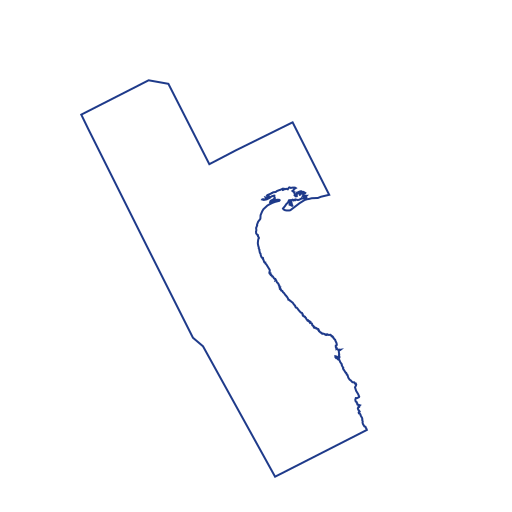 outline of San Antonio, Río Negro, Argentina, rotated 333°
{"feature_id": "61730980B19099504402623", "entity_name": "San Antonio", "entity_type": "district", "adm_level": 2, "iso_a3": "ARG", "parent_name": "Argentina", "parent_adm1": "Río Negro", "projection": "natural_earth1", "projection_center": [-65.004, -40.959], "detail": "fine", "context": "isolated", "style": "outline", "palette": "blue", "viewbox_px": 512, "rotation_deg": 333, "n_neighbors": 0, "source": "geoboundaries", "source_scale": "gbopen_adm2", "svg_char_len": 6114}
<svg xmlns="http://www.w3.org/2000/svg" viewBox="0 0 512 512"><g transform="rotate(333 256 256)"><path d="M256.1,62.8L240.1,50.7L164.5,50.7L164.2,66.5L163.2,198.2L162.7,300.2L167.8,312.4L172.8,461.3L275.8,461.3L276.0,459.6L275.8,459.0L276.0,457.8L275.2,457.0L275.0,454.3L275.3,452.8L276.0,451.8L276.2,450.2L276.7,449.7L277.0,448.3L276.8,445.6L277.1,444.8L277.0,443.8L276.7,443.2L276.3,443.0L276.3,442.6L276.4,442.1L276.7,441.8L277.7,441.7L277.7,440.7L277.3,439.4L277.6,437.9L278.8,437.0L279.1,437.4L279.4,437.4L279.8,436.9L279.8,436.5L280.8,436.2L280.1,435.5L279.5,435.6L279.4,434.8L278.9,434.3L279.3,433.3L279.1,432.6L279.4,432.1L278.8,430.9L278.9,430.3L279.2,429.2L280.4,427.9L281.6,428.5L283.7,428.5L284.1,428.2L284.3,425.4L284.0,421.6L284.6,417.9L286.3,416.8L286.4,416.4L286.9,416.1L287.0,415.3L287.0,414.8L286.2,414.5L286.2,413.2L284.7,412.3L284.4,411.6L284.0,410.0L283.3,408.7L283.0,406.3L283.5,403.6L283.0,402.9L283.4,401.5L284.1,401.3L283.2,401.2L282.9,400.9L282.6,397.3L282.4,396.9L282.5,395.7L283.0,395.3L282.8,393.5L282.9,391.9L283.3,391.4L282.9,389.0L283.1,386.1L282.9,385.7L282.3,385.6L282.1,385.1L282.4,384.3L281.9,383.9L282.3,383.4L281.4,383.7L281.1,383.5L280.8,382.1L281.2,381.3L281.8,381.8L282.0,383.0L282.6,383.3L282.5,384.7L284.0,384.5L284.5,384.0L285.0,381.8L285.4,381.6L286.3,378.9L287.1,377.8L288.2,378.0L288.7,377.9L287.8,377.6L287.6,377.2L286.8,377.3L286.4,376.4L286.2,376.3L286.1,375.6L285.9,375.3L285.6,375.3L286.0,374.7L285.7,374.5L285.6,374.1L285.9,373.0L286.4,372.1L287.1,372.3L287.6,371.9L287.8,371.5L288.2,370.1L288.3,367.3L288.5,366.5L288.0,365.5L288.0,364.8L287.8,364.4L287.9,363.6L287.7,363.4L287.8,362.7L287.5,362.0L286.9,361.9L286.8,360.5L286.6,360.0L285.0,359.4L284.5,358.8L283.0,358.4L282.9,358.1L283.2,357.8L282.4,357.5L282.0,357.6L281.7,356.7L280.7,355.7L279.7,355.4L279.5,354.1L278.9,353.8L278.5,352.8L278.5,352.3L278.0,351.7L278.0,351.1L278.2,350.9L277.9,350.3L278.4,349.8L278.3,349.3L276.9,348.2L277.1,347.7L276.5,346.9L275.8,346.8L275.1,346.1L275.2,345.5L275.6,345.4L275.3,344.1L274.9,343.8L274.7,343.2L275.1,342.1L275.1,341.5L274.6,341.0L274.4,340.1L273.8,340.1L273.8,339.8L274.4,339.4L274.1,339.1L274.3,339.0L274.3,338.8L273.7,337.9L273.3,337.8L273.2,336.9L272.7,336.9L272.8,336.4L272.5,336.2L272.3,335.6L272.3,334.3L272.4,334.0L272.1,333.5L272.1,332.6L271.7,332.3L271.8,332.0L271.3,331.4L271.1,330.5L270.7,330.4L270.8,329.6L271.2,329.1L271.0,328.7L271.1,327.6L270.2,326.6L269.4,323.5L269.1,321.5L268.8,320.5L268.2,320.1L268.0,318.9L268.3,318.0L267.8,316.6L267.5,314.2L267.0,313.3L266.2,311.4L265.8,311.0L265.8,310.4L265.6,310.0L265.0,309.7L265.2,308.2L265.1,306.5L264.8,305.9L264.9,305.1L264.5,304.5L264.1,301.6L263.6,300.6L263.6,299.1L263.2,298.8L263.1,298.4L262.8,298.2L263.0,297.1L262.7,297.0L262.7,296.6L262.4,296.3L262.8,295.8L262.8,295.1L263.1,294.9L262.8,294.7L263.2,294.3L263.0,293.5L263.4,292.9L263.1,292.3L263.4,291.5L263.2,291.0L263.2,290.0L262.9,289.6L262.7,288.7L262.9,287.1L262.8,286.4L262.5,286.4L262.8,286.1L262.8,285.2L262.3,285.0L261.9,284.1L261.7,281.9L261.4,281.4L261.2,281.4L261.2,280.9L260.8,280.2L261.1,280.1L261.0,279.6L260.7,279.3L260.9,278.9L260.4,278.5L260.2,277.9L260.7,277.6L260.3,277.3L260.5,276.6L261.5,275.6L261.9,274.5L261.4,268.1L261.0,267.1L261.0,266.4L261.3,266.0L260.6,265.4L260.6,264.7L260.9,263.0L260.8,261.8L261.2,261.4L261.3,260.8L260.5,260.2L260.4,259.1L260.6,257.4L261.1,256.0L260.9,255.1L261.0,254.5L261.6,252.4L261.9,252.0L261.9,250.4L262.4,249.6L262.5,248.5L263.1,246.3L263.5,245.3L265.1,242.8L266.1,241.7L266.7,241.4L266.9,240.8L266.7,239.4L267.2,238.3L266.8,237.9L266.4,236.0L267.1,234.2L267.7,233.7L268.4,232.3L268.8,231.1L270.9,229.3L270.9,228.9L271.3,228.4L273.5,226.4L276.5,225.0L277.0,224.5L278.6,221.7L281.8,219.0L283.8,217.7L289.1,216.2L291.5,216.1L294.6,216.1L297.4,216.4L301.7,217.4L302.4,217.0L302.2,216.5L301.6,216.1L301.2,216.1L300.7,215.6L299.2,215.2L298.9,214.6L298.5,214.5L297.0,214.8L295.1,214.6L293.4,214.8L293.0,214.5L293.5,213.9L294.1,213.5L295.3,213.4L296.5,213.6L298.9,213.0L299.2,212.5L299.2,211.3L299.8,210.5L299.7,210.4L297.4,210.0L296.0,210.0L294.9,210.4L291.3,210.4L288.4,209.6L287.2,208.5L287.4,208.4L288.4,208.8L288.9,209.5L290.1,209.6L291.5,210.0L292.3,209.6L291.1,208.6L291.1,208.2L292.4,209.3L293.5,209.3L293.4,209.0L293.6,208.9L294.2,208.9L294.0,208.7L294.0,208.2L294.6,208.1L294.7,207.8L294.5,207.5L293.5,207.8L293.2,207.2L293.8,206.9L297.5,207.2L298.4,207.0L298.6,207.2L299.5,207.2L300.2,207.0L302.6,207.9L304.2,207.6L306.9,207.9L307.7,208.1L310.6,208.2L310.7,208.9L310.4,209.1L310.2,209.4L310.6,209.5L312.0,209.2L312.4,209.7L313.4,209.8L314.6,211.0L316.3,210.0L317.1,210.1L317.8,211.1L320.0,211.8L321.7,212.7L322.2,213.5L320.5,213.6L319.5,214.3L318.0,214.6L318.6,216.0L319.3,216.7L318.7,217.5L318.8,218.0L318.5,218.5L318.6,219.4L318.2,219.6L318.6,220.0L318.3,220.7L318.5,220.9L319.5,221.2L320.1,219.9L320.8,219.2L321.3,219.1L321.4,218.6L321.1,218.4L321.3,218.2L321.9,218.6L322.3,218.3L322.9,218.3L323.0,218.9L322.9,219.8L324.6,218.4L325.7,218.8L326.3,219.9L326.3,220.3L326.8,220.1L327.4,220.4L328.5,222.2L328.1,222.4L326.5,222.2L325.9,222.6L326.0,223.2L325.3,223.7L326.0,223.7L326.1,223.9L325.9,224.3L326.3,224.2L326.6,224.7L327.2,224.7L328.4,225.3L328.1,225.4L326.9,225.1L326.0,225.8L326.0,226.0L326.6,226.0L327.4,226.7L327.4,226.8L327.2,226.9L322.1,225.4L320.3,225.5L318.8,225.2L316.8,223.5L316.3,223.9L316.1,223.6L315.7,223.4L314.9,223.7L314.7,223.6L314.7,222.9L314.2,222.4L313.1,222.4L312.4,222.0L311.3,222.6L311.5,223.3L311.9,223.4L312.1,223.9L311.4,225.2L311.3,227.6L310.9,227.7L310.3,226.6L311.0,225.9L310.1,225.7L309.7,226.1L309.2,225.5L309.6,225.0L310.3,224.9L310.0,224.6L310.1,224.0L310.4,223.9L310.4,223.5L310.9,223.2L311.0,222.1L311.5,221.7L310.9,221.3L310.6,221.4L308.7,222.9L306.6,223.5L304.3,224.8L301.6,225.9L301.7,227.0L302.7,228.4L303.9,229.3L306.2,230.5L307.4,230.8L318.9,228.7L324.8,228.2L327.3,228.6L329.0,229.2L331.8,229.8L337.5,232.4L340.8,232.7L349.0,234.7L349.3,153.5L286.0,152.7L256.1,153.0L256.1,62.8ZM323.5,221.5L325.3,220.3L325.1,219.7L324.3,219.7L324.1,220.2L323.4,220.9L323.1,221.4L323.5,221.5Z" fill="none" stroke="#1e3a8a" stroke-width="2"/></g></svg>